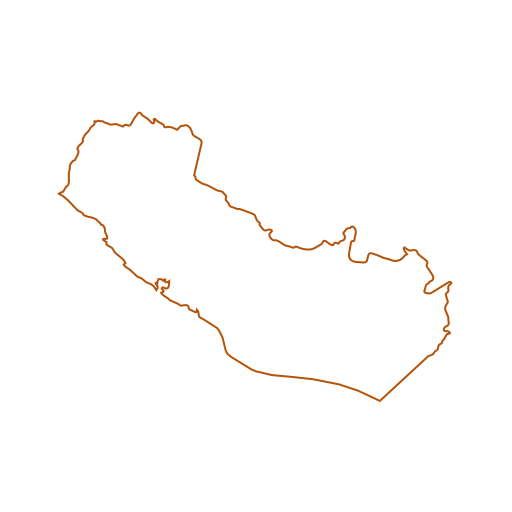 SVG path tracing the border of Espírito Santo, rotated 102°
{"feature_id": "BRA-625", "entity_name": "Espírito Santo", "entity_type": "State", "adm_level": 1, "iso_a3": "BRA", "parent_name": "Brazil", "parent_adm1": "", "projection": "robinson", "projection_center": [-40.668, -19.574], "detail": "fine", "context": "isolated", "style": "outline", "palette": "amber", "viewbox_px": 512, "rotation_deg": 102, "n_neighbors": 0, "source": "natural_earth", "source_scale": "10m", "svg_char_len": 6072}
<svg xmlns="http://www.w3.org/2000/svg" viewBox="0 0 512 512"><g transform="rotate(102 256 256)"><path d="M372.0,104.7L366.5,128.3L364.3,148.0L364.7,174.7L367.0,197.5L369.2,215.6L368.8,232.0L367.9,236.9L359.9,259.4L357.7,263.5L354.7,266.0L342.5,271.9L336.4,276.9L334.6,279.0L328.6,294.9L328.1,297.2L327.1,299.1L322.5,300.9L320.9,302.6L323.2,302.6L323.5,304.1L322.0,310.3L321.2,310.9L320.3,311.1L319.5,311.6L318.6,312.8L318.7,314.6L318.9,315.7L319.9,318.0L320.1,319.2L319.9,320.3L318.9,322.7L317.3,330.5L316.9,331.5L316.1,332.6L313.9,338.0L312.9,339.8L311.7,341.1L310.5,339.4L309.4,339.0L308.6,339.9L307.9,341.0L307.2,341.5L306.0,340.6L306.6,337.2L305.8,335.7L304.1,335.1L302.1,335.1L298.6,335.7L300.0,337.0L300.5,338.6L299.9,339.7L297.9,339.8L297.9,340.7L298.6,341.0L299.4,341.5L298.4,343.9L298.9,346.6L300.8,347.0L303.3,346.8L303.2,348.4L304.3,348.0L305.8,346.2L307.7,345.5L310.1,346.4L308.5,347.9L306.8,349.9L305.6,352.4L304.5,358.0L302.0,362.6L300.7,368.0L295.7,376.4L293.4,382.0L291.9,383.6L290.0,382.2L287.4,384.7L286.6,385.9L282.3,394.1L281.2,395.4L279.0,397.5L278.0,398.6L276.1,404.5L273.4,405.2L272.3,408.4L271.4,409.1L270.8,407.9L270.5,406.6L270.0,405.3L268.9,405.3L267.8,405.8L263.7,408.7L260.6,409.6L259.0,410.7L257.8,412.1L257.5,414.3L256.2,415.1L255.6,416.7L253.3,420.2L252.5,424.0L252.6,428.2L251.9,432.9L250.2,434.5L249.3,436.8L249.0,438.1L248.5,439.9L240.6,451.5L237.5,457.3L236.1,461.7L234.7,460.5L233.8,458.8L233.0,458.0L228.2,456.3L226.0,454.7L225.4,454.4L221.7,454.5L214.2,456.3L209.2,456.3L206.6,456.8L205.8,456.8L204.7,456.6L201.3,455.0L200.9,454.7L200.4,453.7L199.9,453.1L198.9,452.8L194.6,451.6L191.7,451.2L190.6,451.4L190.0,451.6L188.4,453.0L187.6,453.1L187.1,453.0L184.8,452.0L181.8,449.9L180.2,449.1L179.4,449.1L178.6,449.7L178.0,449.8L176.2,449.4L174.7,448.9L173.1,448.6L172.2,448.1L170.4,446.8L168.6,445.8L167.5,445.3L164.8,444.5L164.2,444.1L162.0,442.2L160.7,441.6L160.1,441.4L159.4,441.5L157.9,442.0L157.6,441.6L157.8,440.2L157.6,439.7L156.9,439.3L156.5,438.7L156.5,435.8L156.1,433.9L156.8,432.1L157.2,429.8L157.2,428.6L157.7,426.4L157.8,425.6L157.1,423.4L156.3,421.2L156.0,420.0L156.1,419.1L156.5,417.9L156.6,417.1L156.6,415.1L157.1,413.3L156.9,412.8L155.9,412.4L155.3,411.9L154.8,411.1L154.7,410.4L154.9,408.1L154.9,407.5L154.7,406.9L153.9,406.1L153.1,405.7L147.4,404.0L141.8,401.5L140.3,400.6L140.1,400.0L140.0,399.1L140.3,398.5L141.4,397.3L142.2,396.1L144.2,390.7L145.1,389.2L147.4,385.8L147.6,384.9L147.6,384.1L147.2,383.6L146.7,383.4L146.1,383.3L145.5,383.4L144.1,384.4L143.5,384.4L143.0,384.0L142.9,383.5L143.1,382.9L144.4,380.9L145.0,379.7L146.7,374.1L147.1,373.6L148.2,373.0L148.8,372.4L149.0,371.7L148.9,371.1L147.9,368.7L147.8,367.9L147.7,364.8L148.9,359.2L145.4,357.3L144.3,356.1L143.8,354.4L143.1,353.0L142.8,352.0L142.6,350.9L143.0,349.4L144.2,347.4L145.0,346.6L146.8,345.2L150.3,343.1L150.9,342.4L151.5,341.2L153.4,335.4L154.4,333.9L155.0,333.4L156.0,332.8L157.3,332.7L189.9,333.3L191.1,331.8L192.9,331.1L193.5,330.7L194.0,330.1L196.4,323.4L196.6,321.9L196.6,320.4L197.3,316.7L199.7,308.6L200.0,307.0L200.0,304.4L200.1,302.8L200.4,301.9L203.2,298.1L203.6,297.7L204.2,297.5L204.8,297.4L206.1,297.6L206.9,297.4L207.8,296.9L209.8,294.2L210.5,293.5L212.2,292.5L212.6,291.9L212.9,291.2L213.8,284.5L213.8,283.0L213.4,281.7L215.1,269.6L215.9,266.4L217.0,265.1L220.5,262.9L222.1,260.9L222.7,259.5L223.4,259.0L224.5,259.0L225.0,258.8L228.5,254.6L229.0,253.6L229.2,252.7L229.1,252.1L227.5,248.9L227.3,248.3L227.2,247.6L227.6,246.0L228.1,245.7L228.7,245.7L230.6,247.0L231.7,247.4L232.6,247.4L233.4,247.1L234.2,246.6L235.6,245.2L236.2,244.4L236.8,242.9L236.9,241.5L236.5,239.5L236.6,238.4L236.9,236.8L239.4,230.3L239.6,228.7L239.7,225.4L240.1,222.3L240.1,221.2L239.8,220.5L239.4,220.1L238.9,219.8L238.6,219.0L238.5,217.7L239.1,214.8L239.3,211.6L239.1,207.5L238.3,204.2L238.1,203.6L236.6,201.0L235.9,200.1L230.5,194.2L230.0,193.9L228.1,193.5L227.4,193.1L226.9,192.2L227.0,190.7L229.0,186.3L229.5,184.3L229.5,183.4L229.2,182.8L227.3,182.2L226.7,181.7L226.4,180.6L226.5,179.8L226.8,178.7L226.7,178.1L226.3,177.7L225.2,177.3L224.2,176.7L222.7,174.2L222.3,173.7L221.3,173.1L220.0,172.8L218.7,173.0L217.2,173.9L216.0,175.1L215.5,175.3L215.0,175.3L212.5,173.9L210.9,173.2L210.5,172.9L210.1,172.3L209.1,169.8L207.5,168.8L207.3,168.3L207.1,167.6L207.3,166.9L207.8,165.9L208.5,165.0L209.5,164.2L210.3,163.8L211.7,163.4L214.4,163.1L217.3,163.3L219.4,163.1L220.7,163.3L221.1,163.7L221.4,165.0L221.9,165.6L222.8,165.9L234.2,165.5L236.6,165.1L238.2,164.3L239.5,163.2L240.3,162.0L240.7,160.8L241.1,159.0L241.1,157.5L240.0,149.4L239.8,148.8L239.3,147.7L238.5,146.9L238.0,146.6L237.3,146.5L232.0,146.3L230.9,146.0L230.3,145.7L229.9,145.4L229.6,144.9L229.4,144.2L229.3,142.8L230.1,136.8L231.3,130.9L231.5,125.5L232.0,122.0L232.1,120.3L231.8,118.2L231.1,116.4L229.9,114.4L227.9,112.4L225.3,110.9L224.4,110.3L223.6,109.5L222.9,108.6L219.7,112.1L218.1,113.0L217.5,113.0L216.7,112.6L218.6,108.0L218.7,106.1L217.8,104.3L217.5,103.3L217.2,101.5L217.4,100.5L217.7,99.9L220.4,97.8L222.1,94.7L224.2,90.1L225.2,88.3L226.1,87.2L227.4,87.0L229.5,87.1L230.1,87.0L230.7,86.8L237.7,79.7L239.4,78.4L240.8,78.0L242.1,78.1L242.7,78.3L243.6,79.0L245.0,80.8L247.1,81.9L248.3,83.1L249.3,83.7L252.8,83.8L255.0,84.1L256.1,83.8L256.6,83.2L256.8,82.4L256.8,80.0L256.6,78.6L255.7,76.9L241.6,62.1L241.3,61.6L241.1,60.9L241.2,59.8L241.7,59.3L242.2,59.3L242.7,59.6L244.3,61.1L245.5,61.5L247.6,61.3L249.3,60.7L250.6,60.6L251.1,60.8L252.5,61.9L253.6,62.3L254.2,62.4L254.7,62.2L256.1,61.3L257.7,60.7L259.3,59.6L260.3,59.1L261.1,58.8L261.8,58.9L264.7,59.9L267.4,60.3L268.7,59.9L270.3,59.0L275.1,55.7L276.2,55.1L277.5,54.9L281.5,53.5L282.2,53.4L282.9,53.5L284.0,53.9L285.9,56.0L286.8,56.7L287.3,56.9L288.5,57.1L289.3,56.9L289.8,56.5L290.1,55.9L290.2,55.2L289.8,53.2L289.8,52.4L290.0,51.5L290.6,50.6L291.1,50.3L291.6,50.5L292.3,52.2L292.6,52.7L293.0,53.1L298.4,54.8L299.8,55.8L300.3,56.0L302.2,56.0L302.7,56.2L304.6,58.3L305.1,58.6L306.4,58.9L308.4,58.7L309.6,58.9L310.6,59.6L312.2,61.1L314.7,62.2L315.8,63.0L318.2,66.7L372.0,104.7Z" fill="none" stroke="#b45309" stroke-width="2"/></g></svg>